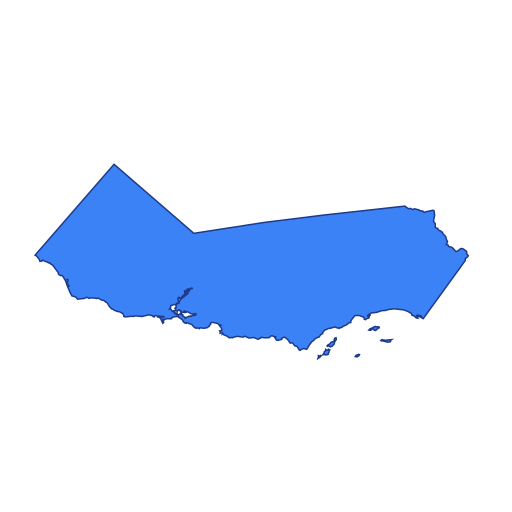 California, Robinson projection, rotated 311°
{"feature_id": "USA-3521", "entity_name": "California", "entity_type": "State", "adm_level": 1, "iso_a3": "USA", "parent_name": "United States of America", "parent_adm1": "", "projection": "robinson", "projection_center": [-120.441, 37.266], "detail": "fine", "context": "isolated", "style": "filled", "palette": "blue", "viewbox_px": 512, "rotation_deg": 311, "n_neighbors": 0, "source": "natural_earth", "source_scale": "10m", "svg_char_len": 6170}
<svg xmlns="http://www.w3.org/2000/svg" viewBox="0 0 512 512"><g transform="rotate(311 256 256)"><path d="M389.9,416.9L318.4,423.3L317.6,419.3L317.1,418.5L315.4,417.9L315.3,417.5L315.9,416.9L317.1,417.4L318.7,420.9L319.1,420.2L318.1,417.7L316.8,416.8L316.9,416.4L315.8,416.5L315.0,417.1L315.0,418.5L314.5,417.7L314.4,414.4L313.6,412.5L314.3,411.9L314.5,410.8L313.8,407.0L312.3,402.9L306.7,394.8L302.4,391.0L299.9,389.5L297.3,386.8L292.7,384.1L288.5,380.3L285.8,379.6L286.5,380.4L286.3,380.8L285.4,379.4L284.4,379.6L283.8,379.9L283.9,381.3L283.4,381.8L281.2,380.6L279.8,380.4L279.3,379.3L280.2,378.1L280.4,377.1L278.8,373.0L276.7,370.4L275.8,369.8L272.2,369.8L269.7,370.1L268.6,370.5L268.0,371.2L266.6,370.0L264.1,369.7L259.6,367.7L258.4,367.7L256.1,365.8L255.8,366.1L253.9,361.7L252.2,360.9L251.2,359.9L250.6,359.9L248.6,358.0L246.9,357.5L245.5,356.5L242.1,356.5L241.2,357.2L238.9,356.4L236.2,356.8L234.9,355.8L232.3,354.9L229.9,354.9L228.6,354.4L223.9,354.6L219.1,355.5L218.6,355.2L217.5,352.7L215.5,351.6L213.7,351.2L213.4,350.4L214.7,346.2L213.6,344.3L214.4,340.8L213.5,339.5L212.7,339.0L213.8,334.5L213.5,330.8L211.7,329.6L210.4,329.5L209.9,330.1L206.7,327.8L206.0,326.9L206.1,326.1L207.1,322.9L207.3,324.4L208.0,323.8L207.0,322.6L206.4,320.4L205.7,319.9L202.9,319.4L200.0,316.3L198.0,313.2L197.3,313.4L194.5,312.2L193.1,307.9L189.4,304.4L188.2,300.2L186.4,299.6L183.1,294.6L180.1,292.3L178.8,291.9L178.0,290.5L176.7,289.6L176.5,286.7L175.4,283.2L175.4,282.2L175.0,282.0L175.9,281.8L175.7,280.7L174.3,279.7L174.7,279.6L175.6,277.7L177.1,279.1L177.6,278.9L178.9,277.1L179.5,274.2L180.7,274.8L180.5,274.2L179.6,273.8L180.0,271.8L179.6,270.8L177.9,267.5L176.6,266.1L175.7,265.7L174.6,266.6L173.2,266.3L172.5,266.8L169.9,266.2L167.3,264.1L165.2,261.0L163.9,260.8L164.0,260.2L163.1,258.8L162.1,258.1L161.7,256.0L162.2,252.2L160.9,249.5L160.8,248.1L159.9,247.2L159.4,247.5L158.7,246.2L158.7,244.0L159.3,243.7L159.5,241.4L159.0,237.3L159.8,237.0L160.1,236.3L162.1,236.3L163.6,239.1L163.4,239.7L162.5,239.8L163.0,241.8L162.8,242.6L163.6,243.3L163.0,243.6L166.6,244.9L167.0,245.6L168.1,246.0L167.9,246.7L170.0,247.4L171.0,248.9L172.2,249.1L173.0,248.6L172.4,248.3L172.1,247.2L171.2,247.2L170.8,246.6L169.7,244.5L169.2,241.5L168.4,240.2L168.0,239.8L167.7,240.2L166.6,239.4L166.3,238.7L167.8,238.7L167.7,238.1L165.7,238.0L165.3,237.4L164.3,237.3L164.5,236.5L164.1,236.4L165.4,235.6L165.2,234.4L164.8,234.5L164.9,233.6L164.4,232.8L162.6,232.9L162.7,232.4L161.5,230.9L162.4,231.1L162.5,230.6L163.6,230.0L163.4,229.2L165.3,229.2L166.0,228.2L167.4,227.5L169.7,228.8L171.7,227.9L173.9,227.6L183.1,229.3L183.3,229.0L182.2,228.5L183.4,227.9L183.7,226.6L185.5,226.1L186.3,226.3L186.4,227.0L186.2,227.4L185.1,227.4L184.8,228.0L185.4,228.8L186.2,228.6L186.6,227.3L190.2,229.5L189.0,228.0L187.2,227.3L186.6,226.2L185.6,225.8L183.4,226.3L182.8,227.8L181.6,228.5L180.5,228.3L180.5,227.4L182.3,226.3L183.3,224.4L181.4,226.5L179.8,227.4L178.6,227.0L177.0,227.7L176.1,227.5L176.7,226.8L174.9,226.9L173.6,226.1L174.5,225.7L174.1,224.7L172.5,224.9L170.3,228.1L169.4,228.1L168.7,227.3L166.5,227.1L165.3,225.8L162.5,224.2L161.4,225.2L159.4,225.6L159.9,225.9L160.0,226.9L159.3,229.0L161.1,230.1L159.7,230.7L160.0,231.6L159.4,231.7L159.4,232.2L161.2,233.8L160.6,234.5L160.1,233.6L159.5,233.4L159.5,234.1L160.1,234.6L160.3,235.5L158.6,236.1L155.2,233.2L154.4,232.9L153.6,233.4L152.8,233.0L150.1,229.7L147.2,228.4L146.9,227.8L147.2,227.3L146.4,227.4L146.8,228.5L145.5,229.1L145.5,229.7L146.0,229.9L144.1,229.8L146.4,224.5L146.0,222.6L145.1,221.0L150.0,227.0L149.8,226.2L146.8,222.0L145.9,221.2L145.7,220.2L144.9,219.2L144.1,218.5L143.2,219.1L142.8,218.2L142.9,216.9L141.3,213.7L135.3,209.5L135.2,208.8L134.5,208.3L132.5,205.3L130.8,203.5L129.9,203.2L129.5,202.3L124.1,197.1L123.7,195.8L124.2,195.6L125.2,193.2L124.3,189.5L123.0,187.3L122.0,184.3L122.0,182.7L121.4,181.9L121.7,178.5L123.1,174.3L122.7,173.1L122.6,170.2L121.5,168.5L120.8,164.7L119.3,163.6L118.6,162.1L115.7,158.4L114.5,157.9L114.2,156.1L113.4,155.1L111.4,154.3L106.3,149.6L106.8,147.6L106.3,145.6L105.1,143.3L106.7,139.1L110.2,132.2L110.5,132.5L109.6,134.3L110.6,134.7L110.9,134.2L110.7,133.0L111.3,132.7L111.9,130.8L113.6,130.5L114.6,129.9L114.8,129.2L114.2,128.7L112.7,128.6L111.4,131.3L110.7,132.3L110.4,131.9L112.1,129.1L114.1,123.2L114.1,122.3L113.1,121.6L112.6,119.1L113.8,117.4L115.7,108.4L115.2,105.4L115.6,104.8L114.6,103.8L114.6,102.6L113.6,100.4L113.1,97.9L112.3,97.5L111.9,97.8L110.2,96.5L111.5,93.9L112.0,90.0L111.7,88.7L232.1,88.7L232.3,194.2L287.1,240.5L330.5,279.5L391.3,335.6L391.7,340.0L393.2,341.3L394.0,344.0L395.5,344.5L397.7,348.7L397.8,350.1L399.4,352.4L399.1,353.5L399.3,354.5L400.3,354.8L406.7,359.6L406.9,360.8L403.8,364.2L399.2,366.8L398.4,368.0L397.9,370.2L395.3,372.5L395.3,373.7L396.1,375.1L395.4,375.9L395.6,378.2L396.1,378.8L395.8,380.0L396.3,381.0L395.5,382.4L395.1,386.5L393.7,388.3L392.4,391.2L389.4,392.1L390.3,393.6L389.6,395.3L390.8,397.4L391.1,399.4L390.5,403.6L391.4,404.8L395.3,405.5L396.4,406.0L397.3,407.7L397.7,411.9L395.9,413.6L395.5,416.0L394.3,416.3L391.1,415.7L389.9,416.9ZM246.8,370.0L245.7,371.4L242.8,371.7L240.9,372.7L238.0,372.7L236.3,371.9L236.0,370.9L236.2,370.1L234.6,369.1L235.1,368.4L238.3,369.4L239.7,369.2L241.1,369.7L241.9,370.5L243.5,370.7L244.0,370.5L244.2,369.8L245.5,369.3L246.8,370.0ZM231.3,369.9L231.2,371.1L232.4,372.0L233.2,371.8L233.5,373.3L232.6,373.3L231.1,374.3L229.6,374.5L229.3,375.0L227.4,374.0L226.4,372.2L225.2,371.2L227.5,371.0L228.3,370.4L229.7,370.6L231.3,369.9ZM277.6,392.0L275.1,391.2L274.1,389.8L276.1,389.8L277.3,391.0L277.9,390.8L281.1,392.2L281.1,392.9L282.9,394.8L283.1,395.8L282.4,396.1L281.0,395.4L278.3,395.2L277.5,394.0L278.0,393.2L277.6,392.0ZM277.2,408.8L281.8,413.2L280.8,413.0L279.5,413.7L277.4,412.0L274.5,406.2L274.1,406.2L274.1,405.6L275.4,405.9L277.2,408.8ZM246.6,396.6L249.2,398.1L249.5,398.8L248.3,399.1L246.2,398.5L245.2,396.9L246.6,396.6ZM222.0,369.6L223.2,369.8L223.5,370.6L221.9,370.7L219.3,370.0L220.9,369.3L221.7,368.5L222.0,369.6ZM285.0,379.6L285.4,379.9L284.8,380.1L285.0,380.9L284.4,381.3L284.3,380.8L284.8,380.7L284.6,380.1L284.0,380.9L284.1,380.2L285.0,379.6Z" fill="#3b82f6" stroke="#1e3a8a" stroke-width="1.5"/></g></svg>